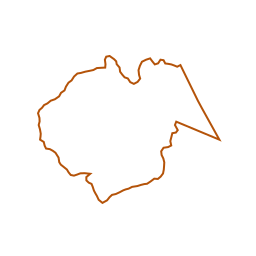 Iconha, Espírito Santo, Brazil (Mercator projection), rotated 294°
{"feature_id": "56859067B88313113009325", "entity_name": "Iconha", "entity_type": "district", "adm_level": 2, "iso_a3": "BRA", "parent_name": "Brazil", "parent_adm1": "Espírito Santo", "projection": "mercator", "projection_center": [-40.862, -20.764], "detail": "fine", "context": "isolated", "style": "outline", "palette": "amber", "viewbox_px": 256, "rotation_deg": 294, "n_neighbors": 0, "source": "geoboundaries", "source_scale": "gbopen_adm2", "svg_char_len": 1597}
<svg xmlns="http://www.w3.org/2000/svg" viewBox="0 0 256 256"><g transform="rotate(294 128 128)"><path d="M81.6,52.4L81.0,56.7L77.9,59.1L75.9,61.5L76.9,65.2L76.6,68.6L75.9,71.8L72.7,76.6L68.8,79.1L67.2,81.5L66.4,84.6L65.2,89.1L63.3,91.8L61.8,94.8L62.5,98.0L64.7,100.4L67.2,102.9L69.1,106.8L70.8,112.1L66.2,109.9L63.2,111.3L62.1,114.4L62.1,117.4L59.9,119.7L57.0,122.3L55.1,124.7L53.3,127.2L50.5,130.4L49.2,135.1L53.4,138.3L57.3,139.3L60.4,140.6L62.7,143.7L65.9,146.5L69.1,149.0L71.0,150.9L72.8,153.2L75.9,155.7L78.8,160.2L81.3,163.0L83.4,165.7L84.8,168.1L88.4,170.4L92.4,172.6L93.6,176.0L96.8,177.6L100.7,178.5L104.6,177.6L108.0,176.4L111.4,175.1L114.5,172.7L117.0,169.7L120.2,167.8L124.4,168.5L126.9,172.4L129.6,174.6L133.2,172.0L136.8,171.4L141.3,170.6L143.3,173.6L146.3,174.3L149.8,169.7L153.4,169.5L154.5,216.2L176.5,187.0L181.3,180.8L206.8,150.3L204.0,148.0L203.9,144.6L203.7,141.7L202.9,138.4L202.1,135.8L204.4,132.9L203.6,129.9L199.3,129.2L197.0,126.6L199.0,122.7L200.6,119.9L197.8,116.8L194.2,113.8L189.6,113.6L185.1,114.1L181.0,116.5L178.1,119.0L174.0,118.0L170.7,115.4L170.8,111.4L173.2,107.7L172.9,104.3L174.4,101.1L176.2,97.9L179.8,95.7L181.7,91.7L184.1,90.1L185.2,87.3L186.3,81.9L184.3,79.1L181.0,79.1L177.1,81.5L173.9,82.6L172.3,79.4L170.1,75.2L166.9,72.8L164.7,69.8L162.1,66.1L159.1,62.5L157.2,59.6L153.1,57.8L148.5,57.1L145.2,55.2L140.5,54.5L136.5,54.7L132.9,52.5L128.9,52.2L124.5,49.5L121.5,46.3L117.7,44.4L114.8,42.0L111.4,41.2L108.5,39.8L104.9,39.8L101.2,43.0L98.0,44.6L94.4,45.2L91.0,48.1L87.3,50.6L84.8,51.5L81.6,52.4Z" fill="none" stroke="#b45309" stroke-width="2"/></g></svg>